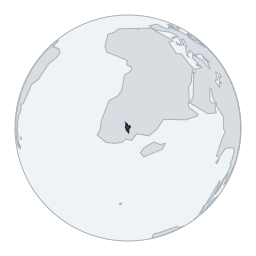 globe centered on Matabeleland South, rotated 44°
{"feature_id": "ZWE-530", "entity_name": "Matabeleland South", "entity_type": "Province", "adm_level": 1, "iso_a3": "ZWE", "parent_name": "Zimbabwe", "parent_adm1": "", "projection": "orthographic", "projection_center": [29.218, -20.916], "detail": "coarse", "context": "on_globe", "style": "filled", "palette": "slate", "viewbox_px": 256, "rotation_deg": 44, "n_neighbors": 0, "source": "natural_earth", "source_scale": "10m", "svg_char_len": 5123}
<svg xmlns="http://www.w3.org/2000/svg" viewBox="0 0 256 256"><g transform="rotate(44 128 128)"><circle cx="128" cy="128" r="113" fill="#eef3f6" stroke="#a8b0b8"/><path d="M16.3,113.8L16.2,114.5L17.2,113.7L17.4,117.3L17.1,120.6L17.9,120.0L17.9,121.8L22.8,119.0L26.8,120.8L27.7,127.3L26.3,137.0L29.7,154.7L28.5,164.0L31.3,171.2L35.7,183.4L34.6,185.3L38.1,188.9L40.1,193.0L40.3,194.8L43.1,198.1L43.3,199.4L45.1,200.6L49.6,206.3L53.1,208.8L57.5,213.2L59.8,214.5L59.9,215.0L61.1,216.2L62.6,217.2L61.2,217.2L56.1,213.8L53.2,211.2L53.3,211.6L46.6,205.1L48.2,206.9L40.5,198.7L34.6,190.7L26.6,177.0L23.3,169.5L20.6,161.9L18.4,154.1L16.8,146.1L15.8,138.1L15.4,130.0L15.5,121.9L16.3,113.8ZM64.9,217.7L61.9,217.7L63.0,217.4L60.3,215.0L63.1,215.6L64.9,217.7ZM58.4,210.9L57.3,208.9L58.1,209.1L59.0,210.5L58.4,210.9ZM133.4,15.5L136.9,15.7L135.3,15.7L131.1,15.5L134.7,16.0L134.6,15.8L136.7,16.0L138.0,15.9L139.6,16.1L138.2,15.8L140.2,16.0L141.1,16.2L143.0,16.4L151.2,17.8L159.3,19.8L167.3,22.4L175.0,25.6L182.5,29.4L189.7,33.7L196.5,38.6L202.9,43.9L209.0,49.7L214.6,55.9L219.7,62.6L224.3,69.6L228.4,76.9L231.9,84.5L232.4,85.7L230.8,82.1L231.2,83.7L235.9,96.9L236.6,99.9L236.0,102.6L235.6,100.2L231.5,90.8L232.5,97.5L235.6,106.7L236.8,115.2L235.1,110.6L233.7,103.1L232.3,99.5L231.4,93.4L227.9,82.9L226.1,82.6L225.1,79.0L219.9,70.0L216.6,69.5L212.3,74.9L213.7,84.0L211.3,86.9L203.6,71.4L200.1,62.5L197.4,62.3L189.4,53.9L175.9,50.4L173.9,48.2L171.4,48.6L165.8,45.9L162.7,42.7L159.4,42.4L167.5,51.3L171.1,51.7L174.0,49.2L175.6,52.3L181.0,56.0L175.3,62.3L155.1,67.0L153.1,60.2L137.4,43.2L137.8,41.5L137.7,41.4L137.6,41.0L136.2,43.7L133.5,40.8L141.9,51.6L143.3,56.7L154.8,67.3L153.7,68.3L157.4,70.8L169.1,69.6L169.2,71.9L163.7,82.2L147.5,97.1L149.6,108.9L148.4,119.2L138.3,126.0L139.2,134.5L133.9,137.5L133.6,142.5L129.4,148.0L122.4,153.5L110.5,154.4L109.7,149.6L103.7,141.2L95.4,121.5L98.4,112.1L97.3,105.4L88.7,92.4L90.6,84.5L88.3,81.8L83.5,83.4L80.9,80.2L78.0,80.8L60.1,88.1L54.7,85.3L48.5,74.6L51.8,68.4L52.6,62.9L75.4,39.8L80.0,39.3L97.8,34.1L100.0,34.3L97.7,37.9L110.9,40.8L115.4,37.5L127.5,39.5L135.7,39.5L138.9,33.2L125.5,32.9L123.4,30.1L134.3,27.8L146.0,28.8L145.6,27.8L138.3,25.2L141.1,23.8L135.8,24.3L137.8,25.3L134.5,25.8L132.5,24.9L133.6,24.4L130.1,23.9L125.8,27.2L127.4,28.6L118.1,29.5L120.0,32.0L117.4,33.4L113.3,29.8L113.9,28.4L106.2,25.7L104.8,27.1L112.0,29.9L109.7,29.9L107.9,32.4L107.4,30.4L100.0,27.5L91.8,29.8L81.0,37.6L76.2,39.4L72.4,39.6L76.6,33.2L86.8,30.0L88.4,28.2L86.6,26.9L89.9,26.2L90.4,25.4L94.2,24.5L99.9,21.9L103.9,21.1L106.4,19.2L108.8,18.7L106.6,19.8L107.2,20.4L117.1,19.4L119.1,18.9L119.9,17.9L122.6,17.9L122.1,17.1L127.9,16.8L120.4,16.7L121.2,16.1L124.8,15.7L123.8,15.6L117.8,16.4L116.7,16.8L117.8,17.1L113.5,18.8L110.1,19.5L109.5,18.0L104.5,19.0L106.3,17.9L118.6,15.8L133.4,15.5ZM67.4,49.4L66.7,51.0L67.4,49.4ZM158.5,33.9L165.5,35.3L162.2,31.3L164.7,31.6L162.7,30.3L162.0,31.0L157.1,27.7L160.0,27.4L159.1,26.1L156.7,25.6L152.1,26.8L159.1,31.4L157.5,32.5L158.5,33.9ZM89.4,23.3L90.6,23.2L89.0,24.1L84.0,26.0L86.3,24.6L89.4,23.3ZM92.7,22.9L93.6,21.4L96.7,20.5L94.8,21.2L96.8,20.7L94.3,21.8L96.5,22.7L95.2,23.6L86.6,26.1L90.1,24.6L88.7,24.7L92.7,22.9ZM102.6,32.7L104.3,32.6L107.0,32.2L105.9,33.9L102.6,32.7ZM97.4,30.7L99.0,30.3L98.8,32.2L97.0,32.4L97.4,30.7ZM100.1,28.6L99.1,30.1L98.6,29.4L100.1,28.6ZM108.1,19.5L109.8,19.2L109.9,19.4L108.9,19.9L108.1,19.5ZM136.5,34.1L134.1,35.3L132.9,34.6L134.0,34.4L136.5,34.1ZM119.2,34.1L123.1,34.8L118.9,34.6L119.2,34.1ZM175.6,186.5L175.8,188.7L174.3,188.3L175.6,186.5ZM167.4,119.5L159.4,137.7L154.1,137.2L153.3,131.4L156.4,120.1L162.6,117.6L165.6,113.0L167.4,119.5ZM239.1,145.3L238.9,147.3L238.8,147.7L239.1,145.3ZM239.3,142.0L239.3,143.9L239.1,142.8L239.3,142.0ZM239.2,146.2L239.3,144.6L239.3,145.4L239.2,146.2ZM239.2,140.9L237.6,134.7L236.6,131.0L237.1,129.7L238.7,134.0L239.2,140.9ZM237.0,129.5L235.1,120.8L230.5,101.7L232.2,103.6L236.6,117.1L236.4,118.4L237.5,124.5L237.0,129.5ZM240.4,120.1L240.4,120.7L240.6,125.3L240.6,126.3L240.5,128.9L240.2,133.2L239.6,129.4L239.1,127.1L238.8,120.1L239.0,117.6L239.5,119.0L239.8,114.2L240.4,120.1ZM214.2,85.1L216.7,91.8L215.2,92.0L214.2,85.1ZM233.4,88.4L233.0,87.6L232.5,86.1L232.7,86.3L233.4,88.4ZM220.5,192.3L221.9,190.2L220.2,187.8L220.9,184.7L223.1,182.0L228.6,170.6L228.6,171.5L231.6,164.7L234.0,164.5L236.3,159.1L233.4,167.8L229.7,176.3L225.5,184.5L220.5,192.3ZM240.3,136.3L240.1,139.0L240.1,138.0L240.5,132.8L240.6,129.6L240.3,136.3Z" fill="#d9dde1" stroke="#a8b0b8" stroke-width="1"/><path d="M124.3,126.4L123.3,126.0L123.8,125.9L124.6,125.8L124.9,125.9L125.4,126.6L125.6,126.6L125.7,126.3L126.0,126.4L126.4,126.9L126.7,126.7L127.0,126.7L127.3,126.3L127.5,126.1L127.5,125.9L127.8,125.8L127.8,125.2L128.0,125.2L128.4,125.7L128.4,126.0L128.9,126.0L129.2,126.3L128.9,127.1L128.7,127.4L128.9,127.5L128.8,128.0L128.5,128.2L128.9,128.2L129.6,129.1L130.6,129.6L130.9,130.2L131.1,130.3L131.4,130.8L130.9,130.7L130.0,130.8L129.0,130.4L128.3,130.5L128.0,130.3L127.7,130.2L127.7,129.7L126.9,129.4L125.8,129.3L125.6,128.8L125.2,128.3L125.2,127.2L124.4,127.2L124.3,126.4Z" fill="#64748b" stroke="#1e293b" stroke-width="1.5"/></g></svg>